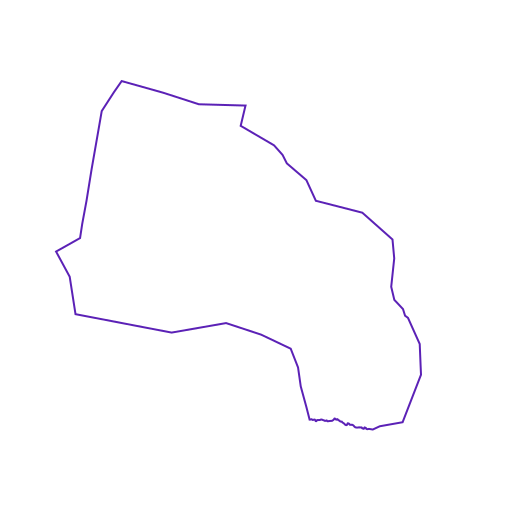 the district of Bayan-O'njuul, Töv, Mongolia, rotated 197°
{"feature_id": "93677404B80722080120320", "entity_name": "Bayan-O'njuul", "entity_type": "district", "adm_level": 2, "iso_a3": "MNG", "parent_name": "Mongolia", "parent_adm1": "Töv", "projection": "robinson", "projection_center": [105.656, 46.921], "detail": "fine", "context": "isolated", "style": "outline", "palette": "violet", "viewbox_px": 512, "rotation_deg": 197, "n_neighbors": 0, "source": "geoboundaries", "source_scale": "gbopen_adm2", "svg_char_len": 2658}
<svg xmlns="http://www.w3.org/2000/svg" viewBox="0 0 512 512"><g transform="rotate(197 256 256)"><path d="M310.0,396.4L310.0,396.8L355.0,384.4L392.7,385.0L392.8,385.0L435.6,384.0L439.7,371.3L445.9,349.5L443.0,326.4L438.6,291.0L434.2,259.0L431.6,236.1L429.5,221.7L448.5,201.8L428.1,181.7L411.6,147.6L339.1,155.4L314.3,158.1L265.0,183.1L228.2,182.3L195.7,177.5L183.2,161.7L175.1,144.4L163.6,126.2L156.9,115.2L156.6,115.3L156.3,115.4L156.1,115.5L155.8,115.7L155.6,115.9L155.3,116.1L155.1,116.1L154.8,116.1L154.6,116.0L154.2,115.8L153.9,115.8L153.6,115.8L153.4,116.0L153.1,116.2L152.8,116.4L152.4,116.6L152.1,116.7L151.9,116.7L151.6,116.5L151.3,116.3L151.1,116.0L151.0,115.9L150.8,115.7L150.7,115.6L150.3,115.6L150.1,115.7L150.0,115.9L149.8,116.2L149.8,116.6L149.6,116.9L149.2,117.1L148.7,117.3L148.1,117.4L147.6,117.6L147.1,117.8L146.7,118.0L146.3,118.4L145.9,118.7L145.4,118.7L144.9,118.8L144.2,118.7L143.5,118.7L143.0,118.6L142.5,118.7L142.1,118.5L141.8,118.5L141.5,118.6L141.1,118.9L140.6,119.3L140.3,119.4L140.0,119.2L139.6,118.9L139.2,118.9L138.8,119.0L138.4,119.3L137.8,119.5L137.0,119.9L135.9,120.3L135.1,120.6L134.6,121.2L134.1,121.8L133.9,122.1L133.7,122.6L133.6,123.0L133.4,123.5L133.0,123.6L132.6,123.4L132.2,123.2L131.8,123.0L131.3,123.0L131.0,123.3L130.7,123.7L130.3,123.7L130.0,123.6L129.8,123.5L129.4,123.1L128.9,123.0L128.6,123.0L128.1,123.0L127.6,122.6L127.2,122.5L126.8,122.4L126.3,122.5L125.9,122.6L125.5,122.7L125.0,122.3L124.7,122.1L124.0,121.9L123.5,121.8L123.0,121.6L122.5,121.4L122.1,121.1L121.6,120.8L121.2,120.8L120.7,120.6L120.4,120.6L120.1,120.7L119.8,120.9L119.6,121.3L119.5,121.7L119.5,122.5L119.4,122.8L119.0,122.9L118.6,122.9L118.3,122.8L117.9,122.8L117.7,122.7L117.5,122.4L117.3,122.3L117.1,122.1L116.8,122.1L116.3,122.2L115.9,122.3L115.5,122.5L115.1,122.5L114.8,122.7L114.4,122.7L114.0,122.6L113.5,122.5L112.7,122.1L112.2,121.7L111.7,121.5L110.9,121.2L110.1,121.3L109.3,121.4L108.3,121.8L107.8,122.0L107.6,122.2L107.3,122.3L106.9,122.3L106.7,122.3L106.5,122.5L106.2,122.5L105.9,122.6L105.7,122.7L105.5,122.8L105.1,122.9L104.8,122.9L104.5,122.7L104.3,122.4L104.1,122.3L103.7,122.3L103.4,122.3L103.1,122.2L102.7,122.2L102.4,122.3L102.3,122.5L102.2,122.7L102.2,123.1L102.2,123.5L102.0,123.8L101.9,123.8L100.9,123.7L100.6,123.6L100.3,123.4L100.2,123.1L99.8,123.0L99.5,122.9L99.2,122.9L98.9,123.0L98.7,123.0L98.0,123.4L97.4,123.7L93.6,124.2L87.8,129.4L67.2,139.9L63.5,190.7L66.4,198.9L73.7,219.7L92.6,241.3L96.0,242.5L99.9,248.2L110.9,254.5L117.7,266.1L123.1,294.1L130.3,311.7L167.0,328.5L214.9,326.3L230.0,343.3L253.6,353.6L260.1,360.4L271.1,367.1L308.7,376.0L310.0,396.4Z" fill="none" stroke="#5b21b6" stroke-width="2"/></g></svg>